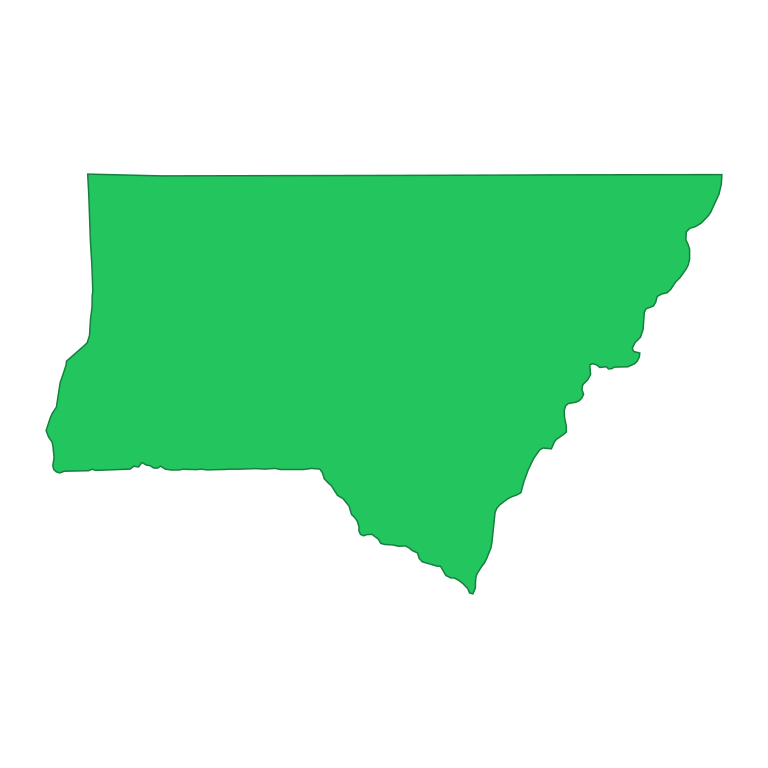 outline of Rio Crespo, Rondônia, Brazil
{"feature_id": "56859067B97929575878105", "entity_name": "Rio Crespo", "entity_type": "district", "adm_level": 2, "iso_a3": "BRA", "parent_name": "Brazil", "parent_adm1": "Rondônia", "projection": "equal_earth", "projection_center": [-62.748, -9.686], "detail": "fine", "context": "isolated", "style": "filled", "palette": "green", "viewbox_px": 768, "rotation_deg": 0, "n_neighbors": 0, "source": "geoboundaries", "source_scale": "gbopen_adm2", "svg_char_len": 2380}
<svg xmlns="http://www.w3.org/2000/svg" viewBox="0 0 768 768"><path d="M592.7,363.7L596.5,364.8L599.9,367.5L606.2,366.7L608.5,368.9L611.7,368.7L614.4,367.1L627.9,366.8L634.7,363.7L637.3,361.1L639.3,357.0L639.8,353.0L633.7,351.5L632.3,348.2L635.1,342.5L640.5,337.2L643.1,329.4L643.5,323.7L644.3,312.5L646.0,308.8L653.4,306.0L655.7,302.2L657.2,296.5L661.6,294.0L667.1,292.8L670.9,289.2L675.4,282.2L680.3,277.3L686.2,268.9L688.2,265.0L689.6,259.3L689.6,249.5L688.2,244.7L685.9,239.9L686.3,231.8L690.0,228.2L695.2,226.7L701.3,223.0L708.3,215.7L710.7,212.2L719.0,194.1L721.3,184.3L721.9,174.6L656.1,174.7L549.5,174.9L505.6,175.1L400.2,175.4L161.5,175.9L87.7,174.1L88.8,195.6L90.4,240.9L91.9,265.7L92.3,276.8L92.8,291.4L92.2,295.5L92.0,307.4L90.5,319.2L89.5,335.5L87.2,342.7L84.7,345.2L66.5,361.1L66.1,365.0L64.0,371.4L60.1,382.8L56.4,407.1L52.1,413.6L50.2,418.1L46.1,430.5L48.6,437.1L52.1,442.0L52.9,446.0L54.1,457.5L52.8,465.6L53.7,469.4L56.3,471.9L59.9,472.9L64.4,471.2L88.6,470.7L92.1,469.2L95.7,470.4L130.1,469.1L133.9,466.2L138.5,467.0L142.0,462.5L146.3,465.1L150.2,465.7L153.6,468.0L157.3,468.2L160.7,466.2L165.2,469.1L171.2,470.0L179.2,470.0L183.3,469.1L186.2,469.4L196.8,469.6L201.2,469.1L206.8,469.9L218.0,469.6L224.7,469.5L229.0,469.2L238.8,469.2L255.7,468.6L265.3,469.1L274.8,468.4L280.7,469.5L303.8,469.5L311.4,468.4L319.8,469.1L322.4,472.7L324.3,478.8L328.6,483.3L331.3,485.6L337.5,495.4L343.0,498.6L349.1,506.2L350.4,510.7L351.6,514.6L354.8,517.5L357.4,521.5L359.0,527.0L358.9,530.8L360.5,534.4L363.5,535.8L366.8,534.6L372.0,534.4L378.3,539.1L380.8,543.4L385.0,544.5L392.7,544.9L398.7,546.3L405.3,545.9L408.8,547.7L412.2,550.5L417.6,553.0L419.1,558.3L422.2,561.8L436.9,566.1L440.6,566.4L445.9,575.5L450.8,577.9L454.1,577.9L458.8,580.4L462.9,583.6L467.7,588.5L469.6,593.0L472.9,593.9L475.4,587.9L475.5,582.2L475.9,577.1L477.1,573.7L481.7,566.4L484.3,563.2L486.8,558.2L491.0,547.7L491.9,542.6L494.6,517.0L495.1,512.3L496.9,508.1L499.4,505.2L507.2,499.1L511.4,496.9L516.9,494.9L520.9,492.7L524.0,481.3L528.3,469.6L533.6,458.6L537.1,453.5L540.0,449.6L543.2,448.0L546.8,448.4L551.4,448.8L554.3,442.0L556.4,439.4L564.0,434.1L566.4,432.0L566.3,425.9L564.6,418.0L564.2,410.8L565.6,405.8L568.5,403.5L576.0,402.2L579.2,400.7L581.5,398.5L583.6,394.4L581.9,389.3L582.8,384.7L587.8,379.7L590.6,374.4L589.8,364.8L592.7,363.7Z" fill="#22c55e" stroke="#15803d" stroke-width="1.5"/></svg>